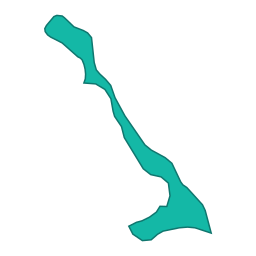 the District of Cat Island
{"feature_id": "BHS-5030", "entity_name": "Cat Island", "entity_type": "District", "adm_level": 1, "iso_a3": "BHS", "parent_name": "The Bahamas", "parent_adm1": "", "projection": "albers", "projection_center": [-75.539, 24.414], "detail": "fine", "context": "isolated", "style": "filled", "palette": "teal", "viewbox_px": 256, "rotation_deg": 0, "n_neighbors": 0, "source": "natural_earth", "source_scale": "10m", "svg_char_len": 879}
<svg xmlns="http://www.w3.org/2000/svg" viewBox="0 0 256 256"><path d="M202.5,204.8L205.2,210.5L211.2,233.1L195.0,227.8L187.6,227.1L179.2,227.8L163.1,231.1L157.5,234.3L151.2,239.8L142.4,240.6L132.9,234.2L128.8,226.2L136.5,222.3L141.8,220.9L149.4,217.2L156.4,212.1L160.0,206.3L166.8,206.5L170.0,195.8L168.4,183.1L161.1,176.9L150.7,174.6L143.3,168.8L124.3,137.6L121.5,126.6L114.6,116.4L113.1,111.2L110.9,98.7L104.9,89.4L95.7,83.9L83.9,83.0L85.3,78.9L85.6,74.2L85.1,69.2L84.0,64.5L82.1,59.8L80.2,58.0L77.8,56.8L62.1,42.9L50.7,37.1L47.6,34.9L45.2,31.6L44.8,28.6L46.5,25.4L53.9,16.6L56.8,15.4L62.2,16.0L64.5,17.8L74.0,26.9L83.3,30.5L87.6,32.9L91.5,37.6L94.2,62.5L96.3,69.9L99.8,74.0L105.5,79.3L110.7,85.4L115.0,97.7L124.9,115.9L144.9,144.9L151.3,150.1L165.2,157.7L171.9,163.3L180.7,181.9L182.9,184.9L186.8,187.5L202.5,204.8Z" fill="#14b8a6" stroke="#0f766e" stroke-width="1.5"/></svg>